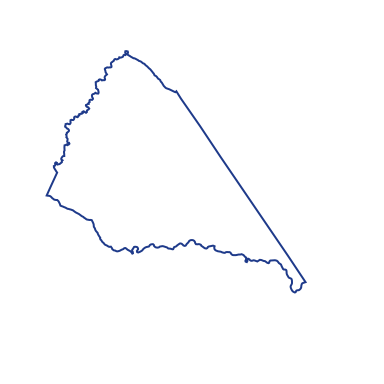 outline of Nova Andradina, Mato Grosso do Sul, Brazil, rotated 300°
{"feature_id": "56859067B45875035456952", "entity_name": "Nova Andradina", "entity_type": "district", "adm_level": 2, "iso_a3": "BRA", "parent_name": "Brazil", "parent_adm1": "Mato Grosso do Sul", "projection": "natural_earth1", "projection_center": [-53.469, -22.068], "detail": "fine", "context": "isolated", "style": "outline", "palette": "blue", "viewbox_px": 384, "rotation_deg": 300, "n_neighbors": 0, "source": "geoboundaries", "source_scale": "gbopen_adm2", "svg_char_len": 5932}
<svg xmlns="http://www.w3.org/2000/svg" viewBox="0 0 384 384"><g transform="rotate(300 192 192)"><path d="M271.4,128.1L270.2,127.8L270.0,126.9L269.6,120.9L269.3,119.4L269.0,117.8L269.1,116.8L269.8,114.4L270.4,113.4L271.7,111.0L271.9,110.1L272.3,109.3L273.0,108.5L273.2,107.2L273.2,106.0L274.2,103.8L274.4,102.8L274.3,101.2L275.0,100.3L275.5,99.6L275.7,98.7L276.1,97.9L277.4,94.5L277.6,93.0L278.3,90.6L278.5,89.5L278.6,88.3L279.0,87.4L279.2,86.5L279.0,85.7L279.0,84.9L279.4,82.8L279.3,81.7L279.0,80.3L279.2,79.5L279.1,76.2L279.0,75.3L278.6,74.5L278.6,73.7L278.6,72.3L278.6,71.2L278.7,70.3L278.7,68.0L279.6,67.0L280.7,66.9L281.6,66.1L281.2,64.7L280.6,63.9L279.5,64.3L279.0,65.1L278.5,66.2L277.3,65.9L277.0,64.7L276.1,64.3L275.2,64.5L274.5,64.5L273.5,63.8L272.6,62.9L272.3,61.7L271.2,61.9L270.0,61.3L269.1,60.4L268.8,59.0L268.0,58.5L266.1,58.6L265.5,58.1L264.6,57.9L264.0,57.5L263.2,57.4L262.4,57.7L260.7,59.4L259.8,59.7L259.2,59.2L258.7,58.3L257.9,57.3L257.5,56.2L255.7,55.0L254.9,55.0L253.4,56.6L252.5,57.3L251.3,59.6L250.1,59.1L248.8,58.8L247.8,58.9L247.2,59.3L246.7,59.9L245.9,60.5L245.2,60.4L244.7,59.7L244.4,59.0L243.6,58.2L243.8,57.3L243.5,55.9L242.6,55.2L241.9,55.6L241.2,55.3L239.8,54.1L238.9,53.7L238.3,54.2L237.3,54.8L236.2,55.5L235.5,56.3L234.8,56.6L234.0,56.9L233.6,59.5L231.9,61.1L231.2,61.5L230.4,61.6L229.8,60.6L229.6,59.6L229.6,58.7L228.5,58.4L227.1,57.2L226.4,56.9L225.3,57.2L224.0,58.4L223.6,59.4L222.8,59.7L221.8,59.4L221.1,57.8L220.5,57.4L219.6,57.6L218.8,58.4L217.7,57.9L216.7,58.5L216.3,57.8L215.2,57.4L214.4,56.7L213.8,56.9L213.3,57.8L213.2,58.8L213.5,59.8L212.8,61.3L211.7,61.1L210.3,60.3L209.6,60.4L208.7,61.0L207.6,60.6L207.6,59.6L207.8,58.6L207.6,57.6L206.7,57.2L206.9,58.0L206.0,58.0L205.1,57.7L204.4,57.1L203.5,55.9L202.9,55.4L202.0,56.1L201.3,55.4L200.3,55.7L199.6,55.5L199.3,54.5L199.3,53.6L198.7,52.9L197.8,52.6L196.7,53.3L195.7,53.4L194.9,53.1L194.4,52.2L194.2,51.4L193.5,50.9L192.2,51.5L191.4,52.2L190.5,52.4L189.6,52.2L189.1,51.2L188.9,49.9L187.6,48.6L186.8,49.0L185.9,49.1L185.1,49.5L185.0,50.8L184.5,51.8L184.6,53.3L184.3,54.1L183.8,54.7L183.1,54.9L182.0,54.6L180.7,54.0L179.9,54.5L178.9,54.2L177.6,55.6L176.6,55.8L176.2,56.9L175.8,57.7L174.6,58.3L173.5,58.5L172.5,59.8L173.1,60.9L172.5,61.7L171.5,61.5L170.2,60.6L170.4,59.6L169.4,59.0L168.7,58.3L167.0,59.1L164.2,60.9L163.2,60.9L162.4,61.3L161.2,62.2L159.3,63.4L158.6,62.4L157.7,62.1L156.1,62.0L155.2,62.2L154.8,63.0L154.7,64.0L153.7,63.7L152.8,64.4L151.8,64.1L151.1,63.7L150.0,63.4L149.3,62.5L148.5,61.8L148.5,60.5L149.7,60.4L149.7,59.4L148.5,59.0L147.8,59.5L147.2,60.0L146.2,60.1L145.4,59.4L144.3,60.1L143.5,61.3L143.0,62.3L141.8,64.5L141.4,65.5L126.2,66.9L116.3,67.9L116.7,69.0L117.3,70.3L117.5,71.5L117.3,72.6L116.8,74.1L116.7,75.3L116.5,76.5L117.0,78.0L117.7,79.4L117.2,81.1L115.7,83.4L115.1,84.1L114.4,84.9L114.6,86.3L114.8,87.1L115.0,89.1L115.2,90.2L115.2,92.5L115.6,93.5L115.9,94.8L116.2,95.8L116.4,97.0L116.6,98.0L116.3,100.3L116.2,101.8L116.4,105.0L116.2,106.9L116.0,108.4L116.0,109.5L116.1,110.3L115.7,111.9L115.8,112.8L115.6,113.6L115.6,114.7L116.5,117.2L117.1,118.1L117.5,119.2L116.3,121.1L115.5,122.2L114.8,123.0L112.8,124.4L112.2,125.6L111.6,126.5L111.0,127.0L110.2,128.3L109.8,129.5L109.5,130.6L108.9,131.1L108.3,132.0L107.7,132.9L106.5,135.4L105.7,135.7L105.1,136.5L104.9,137.5L104.0,139.1L103.5,141.4L103.0,142.4L102.9,143.3L103.1,145.2L103.0,146.5L103.1,147.7L104.1,149.1L103.2,151.0L102.6,151.6L102.4,153.5L102.9,154.9L102.9,156.1L103.3,157.1L104.0,157.9L104.9,158.7L105.6,159.2L106.7,159.8L107.5,160.5L108.2,161.0L109.6,161.5L110.2,162.5L110.1,163.6L109.8,164.9L109.8,166.0L109.9,168.0L109.6,169.5L108.8,171.1L109.4,171.5L110.4,170.8L111.2,169.5L112.1,169.1L113.2,169.3L115.4,169.3L116.1,170.0L116.8,171.7L116.7,172.6L116.1,173.5L115.4,173.9L113.3,173.8L112.5,174.6L112.7,175.6L114.0,176.7L115.0,177.3L115.8,177.8L116.6,178.1L118.6,178.4L120.6,179.3L121.6,180.1L123.2,181.9L123.9,182.0L125.1,182.1L125.9,182.5L126.8,183.5L127.3,184.4L127.1,185.4L126.2,186.3L125.9,188.0L126.2,189.1L126.6,190.0L127.5,191.0L128.7,191.5L130.3,193.4L130.7,194.4L131.5,198.1L131.2,199.7L132.1,201.6L132.6,203.7L133.1,204.3L134.1,204.2L135.3,204.1L136.9,205.4L137.6,205.7L138.3,205.8L141.3,207.2L141.8,208.0L142.0,209.0L141.7,210.4L141.4,211.4L141.7,212.7L142.4,213.3L143.2,213.4L144.3,213.4L146.4,214.0L148.3,214.1L148.9,214.4L149.8,215.1L150.5,216.2L150.8,217.1L150.8,218.3L150.3,219.4L149.4,220.3L148.8,221.5L149.4,222.8L150.3,224.0L150.6,225.0L150.7,226.1L150.1,226.9L150.0,228.3L149.8,230.0L149.7,231.1L149.9,231.9L150.3,232.8L151.2,233.3L152.4,233.3L153.3,233.9L154.5,235.3L155.8,236.7L156.2,237.5L156.3,238.7L155.1,239.0L153.9,239.9L153.4,241.0L153.3,241.8L153.6,244.0L154.6,246.6L154.8,247.5L154.8,248.3L155.1,249.3L155.4,250.3L155.9,251.0L156.6,251.3L157.2,251.9L157.7,252.7L158.1,253.6L158.7,254.6L158.7,255.7L157.9,257.1L157.7,258.5L158.1,259.6L159.2,261.5L161.1,263.6L162.1,265.2L162.9,266.0L163.1,267.4L163.1,268.3L162.4,270.3L162.3,271.6L160.7,272.5L159.9,272.6L159.0,272.7L158.5,273.3L158.7,274.5L159.9,274.5L160.7,274.1L161.3,273.6L162.0,273.6L162.4,274.2L162.4,275.4L162.0,276.2L161.9,277.1L162.3,278.2L163.6,279.4L164.0,280.4L164.5,283.3L167.2,284.7L167.8,286.2L168.1,288.5L168.6,289.7L168.5,291.1L168.3,292.5L168.6,293.8L169.3,294.2L170.5,293.8L171.8,294.1L174.4,298.0L174.9,299.7L174.7,301.0L173.9,302.8L173.7,305.3L172.3,307.1L170.8,309.5L170.8,310.4L171.2,311.0L171.5,311.8L171.5,312.6L170.9,313.3L170.0,313.9L168.8,314.7L168.1,315.4L167.6,316.2L167.2,316.9L166.3,318.5L166.3,319.5L166.5,320.4L166.5,321.5L165.6,322.6L163.9,323.7L163.0,324.2L162.1,324.4L159.9,324.5L159.2,324.8L158.5,325.4L157.8,326.2L156.7,327.9L156.3,329.2L156.3,330.3L156.4,331.3L157.0,331.8L158.7,331.7L159.3,332.1L160.4,333.6L161.2,334.0L162.1,334.3L163.1,334.4L164.1,334.2L165.6,333.5L167.1,333.1L168.1,333.2L168.8,333.7L170.7,335.4L184.8,306.9L236.8,198.9L253.1,166.0L267.3,135.8L271.4,128.1Z" fill="none" stroke="#1e3a8a" stroke-width="2"/></g></svg>